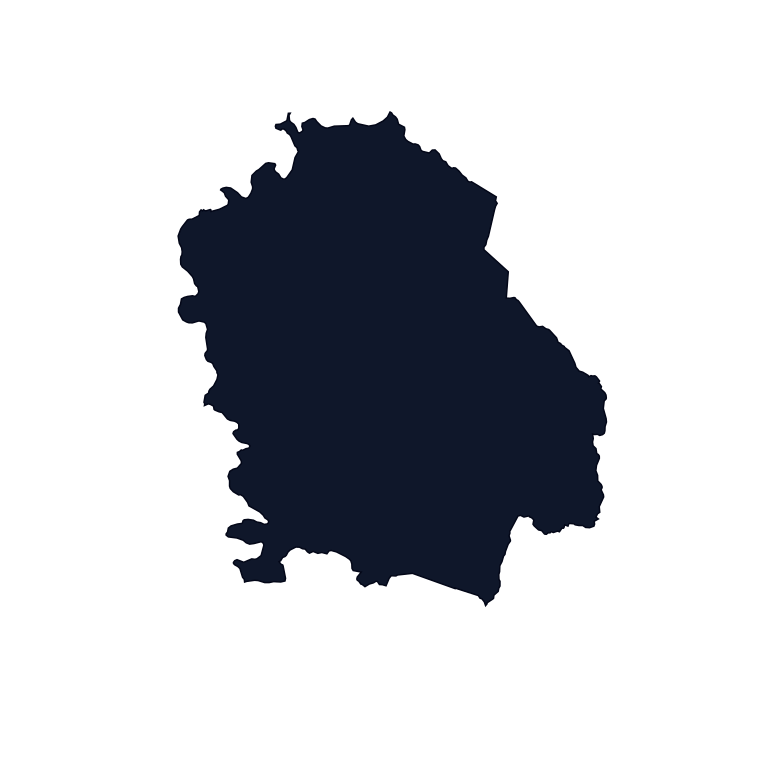 Iffou, N'zi-Comoé, Ivory Coast (Mercator projection), rotated 209°
{"feature_id": "98640826B12556457947993", "entity_name": "Iffou", "entity_type": "district", "adm_level": 2, "iso_a3": "CIV", "parent_name": "Ivory Coast", "parent_adm1": "N'zi-Comoé", "projection": "mercator", "projection_center": [-4.013, 7.499], "detail": "fine", "context": "isolated", "style": "filled", "palette": "ink", "viewbox_px": 768, "rotation_deg": 209, "n_neighbors": 0, "source": "geoboundaries", "source_scale": "gbopen_adm2", "svg_char_len": 6171}
<svg xmlns="http://www.w3.org/2000/svg" viewBox="0 0 768 768"><g transform="rotate(209 384 384)"><path d="M137.1,391.7L138.4,393.5L142.8,396.7L143.0,399.1L143.7,400.2L145.4,401.4L150.1,402.9L152.9,407.7L156.7,410.9L158.7,415.9L159.6,423.4L160.8,425.4L162.3,426.2L164.2,426.3L167.3,430.3L171.2,431.4L173.5,434.4L174.5,437.7L177.3,441.4L175.3,441.9L172.9,443.5L170.4,443.6L168.3,445.7L167.5,447.8L168.1,450.2L170.0,453.9L171.0,458.6L173.0,461.5L180.3,468.9L183.2,475.9L182.5,478.6L182.8,479.6L184.5,482.0L186.8,483.5L192.0,484.8L192.6,487.2L195.7,488.7L196.8,488.7L196.9,491.1L201.7,493.2L203.5,493.4L205.4,492.1L207.0,491.7L208.4,489.6L209.7,490.5L215.9,490.7L219.5,489.9L224.2,491.7L227.2,494.7L238.3,502.8L243.8,503.6L244.5,504.2L247.7,504.2L249.1,505.0L252.0,504.9L255.4,508.0L265.2,511.3L266.4,511.5L269.2,510.8L273.2,511.3L276.1,509.1L278.6,508.7L305.4,521.3L307.2,522.0L309.3,522.0L311.0,522.9L312.2,522.7L315.4,520.0L318.7,518.4L329.7,542.4L361.7,549.9L362.9,552.1L362.5,555.3L363.9,559.8L364.3,563.8L371.8,590.0L372.6,593.6L372.6,596.9L375.3,598.3L376.5,602.1L405.5,603.3L406.8,602.2L408.9,602.0L412.3,604.0L416.9,604.6L421.7,606.6L426.1,607.6L428.1,606.8L429.0,605.6L430.1,605.5L433.8,606.0L437.7,608.3L440.8,607.8L443.2,608.9L447.3,612.0L452.8,613.5L455.2,612.0L456.4,608.0L463.2,606.1L465.1,606.5L468.0,609.0L470.1,609.7L473.1,609.1L475.0,607.9L480.8,607.8L483.6,608.4L486.9,610.5L489.0,616.5L490.6,618.5L497.2,618.3L500.8,622.0L503.4,623.2L506.8,623.6L508.8,624.8L510.6,624.8L510.4,619.0L512.3,613.6L516.9,606.6L522.4,602.1L533.2,598.9L535.9,599.2L540.1,601.4L540.6,599.3L539.6,593.7L540.5,592.6L552.5,585.4L557.2,580.6L559.6,579.5L564.2,579.2L570.2,581.0L572.7,582.3L574.8,581.8L577.5,579.1L580.0,574.4L581.9,572.5L580.7,569.4L578.3,567.3L577.9,566.3L578.1,565.1L579.5,562.7L580.6,562.3L581.8,562.7L585.4,565.7L588.7,567.4L592.4,567.8L594.4,568.7L597.3,572.9L597.3,575.4L598.9,574.4L596.7,567.5L596.9,566.7L600.7,561.0L604.3,558.6L604.0,556.8L602.5,555.3L598.1,555.8L597.3,556.0L596.7,557.8L594.9,558.5L591.8,557.7L590.3,556.6L587.4,556.4L585.3,555.3L577.4,549.1L574.7,548.5L572.5,546.3L571.5,546.1L571.6,539.0L568.1,526.8L569.1,517.6L569.8,515.6L571.0,514.5L574.1,514.3L577.9,516.5L581.6,517.0L583.5,517.9L584.5,519.1L584.9,522.9L586.3,523.8L592.3,521.5L594.4,519.6L597.4,510.9L598.9,508.4L600.6,502.4L598.0,496.1L594.5,492.8L593.5,490.8L592.9,486.4L593.2,481.6L594.7,479.3L599.4,478.5L604.8,480.3L613.1,481.1L617.3,479.5L619.9,477.2L621.1,475.3L621.0,474.5L616.5,473.9L613.6,471.4L609.5,470.0L608.8,469.3L607.4,465.6L607.7,464.2L612.7,457.0L618.9,451.0L619.8,452.3L620.5,452.4L623.4,449.4L624.3,448.8L626.3,448.9L626.5,447.5L628.4,447.6L628.8,445.1L627.3,441.8L631.8,435.1L634.3,433.6L635.4,432.2L636.7,424.0L636.9,421.0L635.8,413.6L631.3,407.9L627.1,405.1L624.6,401.8L623.3,398.8L623.4,397.1L622.4,394.4L619.8,390.2L617.1,388.6L610.4,387.5L603.7,385.1L601.6,383.7L598.3,380.0L595.5,378.8L594.3,379.0L590.8,375.1L590.4,372.8L591.5,369.1L594.3,368.3L598.2,365.4L600.8,362.8L602.4,360.2L600.6,354.9L600.5,350.7L598.6,347.3L591.1,342.5L586.9,342.5L584.5,342.9L581.2,344.6L576.7,349.2L575.6,349.7L571.1,351.0L569.0,350.4L564.8,346.2L564.1,342.2L562.4,338.3L555.3,329.1L554.7,327.6L555.3,324.1L554.5,322.0L551.1,319.2L549.0,318.5L545.8,319.1L543.8,318.9L541.2,316.8L536.5,314.4L535.6,312.9L533.7,311.6L532.3,307.0L532.1,299.7L533.7,295.0L533.7,292.9L533.0,291.1L534.9,287.4L532.6,280.7L531.2,279.8L530.6,278.1L528.1,281.4L526.1,282.0L523.4,282.0L522.4,282.0L520.3,279.4L519.3,279.2L514.8,279.7L511.8,280.6L504.0,277.5L500.9,277.6L496.8,279.0L494.1,279.2L491.6,278.5L489.6,275.0L489.7,273.0L491.3,271.7L492.4,269.4L492.1,267.6L491.6,267.2L485.8,264.4L483.3,263.8L480.1,263.9L475.0,265.5L473.2,265.7L471.1,264.9L471.1,262.4L473.4,260.5L475.4,257.6L476.9,257.1L477.7,254.8L479.1,253.1L478.3,251.5L471.6,247.6L470.2,245.4L471.5,239.3L474.6,236.4L476.5,232.9L475.6,227.6L472.2,224.6L469.6,219.8L467.8,218.1L463.6,216.7L457.3,216.5L455.7,217.7L452.6,217.5L446.0,214.4L443.0,211.9L430.7,211.9L426.0,210.7L423.2,209.1L419.9,208.9L418.4,208.1L417.8,206.2L418.5,204.8L420.8,203.1L424.7,202.9L428.4,201.6L432.1,201.6L437.2,199.7L440.4,197.5L441.0,196.2L440.5,193.9L440.8,193.1L444.4,190.4L449.0,185.7L450.3,182.5L449.1,178.8L449.4,176.3L448.8,175.3L446.0,174.8L438.0,178.0L431.4,179.1L427.5,178.3L423.9,178.8L420.4,181.4L415.1,186.4L413.5,186.6L411.9,185.8L410.9,184.7L408.3,174.3L410.4,169.5L411.9,168.1L414.9,166.9L420.2,160.1L427.4,159.1L428.9,157.1L429.2,155.0L428.5,154.0L426.8,153.5L423.4,153.5L420.6,152.8L414.0,146.4L411.5,145.4L409.9,143.2L408.4,144.8L402.0,149.6L398.7,151.1L392.0,152.5L388.1,154.7L384.8,157.6L378.3,160.8L375.1,163.7L375.9,166.3L384.0,175.9L384.8,176.6L386.6,176.4L389.7,177.7L388.7,179.3L388.6,183.1L386.9,185.2L386.4,186.9L386.5,190.4L385.6,193.4L382.0,198.7L378.8,200.3L375.4,200.4L372.9,201.4L369.6,200.1L367.2,199.9L364.8,203.2L359.8,203.8L356.7,206.5L351.6,207.8L351.2,211.3L349.5,212.8L344.2,214.1L333.9,214.5L329.2,214.0L327.3,213.3L324.9,211.0L322.6,207.2L320.5,205.9L312.7,208.5L313.8,202.2L313.2,200.2L312.2,199.4L310.4,199.3L307.3,197.8L305.8,198.1L302.4,197.5L299.9,201.9L296.8,205.0L295.4,207.6L294.0,208.1L290.8,206.4L288.1,207.7L284.4,208.5L285.3,216.6L284.7,219.8L280.5,221.9L279.6,223.5L267.3,232.2L222.7,239.5L222.9,240.0L198.9,244.7L196.2,243.2L194.3,243.6L190.7,242.1L187.7,239.4L187.3,241.7L188.0,242.1L184.5,248.9L184.3,249.8L185.5,252.5L183.6,258.0L184.6,261.1L184.6,263.5L186.9,267.7L188.7,268.8L191.2,272.9L191.9,275.9L194.6,281.2L194.7,285.8L196.0,291.4L195.6,293.6L196.6,296.5L197.7,304.0L197.3,307.8L197.7,308.7L201.0,311.8L201.6,314.7L202.5,315.9L202.8,333.5L200.9,335.3L197.1,335.5L193.2,339.0L192.4,338.3L190.1,338.6L187.1,337.8L185.7,333.6L183.9,332.7L178.1,331.3L175.0,332.2L170.9,330.6L170.2,330.8L169.1,331.3L168.3,333.4L166.6,334.3L166.1,336.0L163.9,336.2L161.0,339.4L158.9,339.8L158.5,344.2L157.1,344.9L157.0,345.8L157.7,348.4L154.2,348.9L154.6,351.3L154.1,352.0L150.1,353.8L148.6,353.5L145.0,354.7L141.6,356.6L138.1,356.3L134.5,358.0L131.5,361.4L131.9,363.6L133.6,365.8L131.1,369.9L134.1,370.3L134.3,374.0L133.1,376.4L136.3,381.1L137.1,391.7Z" fill="#0f172a" stroke="#020617" stroke-width="1.5"/></g></svg>